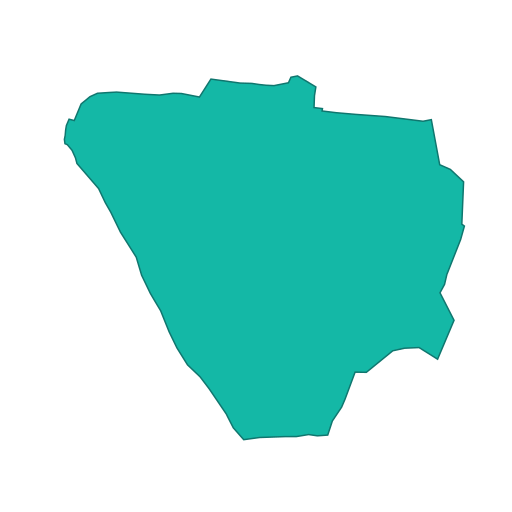 Apa, Benue, Nigeria, rotated 97°
{"feature_id": "59680162B6932812925911", "entity_name": "Apa", "entity_type": "district", "adm_level": 2, "iso_a3": "NGA", "parent_name": "Nigeria", "parent_adm1": "Benue", "projection": "orthographic", "projection_center": [7.868, 7.602], "detail": "fine", "context": "isolated", "style": "filled", "palette": "teal", "viewbox_px": 512, "rotation_deg": 97, "n_neighbors": 0, "source": "geoboundaries", "source_scale": "gbopen_adm2", "svg_char_len": 1223}
<svg xmlns="http://www.w3.org/2000/svg" viewBox="0 0 512 512"><g transform="rotate(97 256 256)"><path d="M101.8,144.5L103.3,174.5L104.0,193.8L104.0,208.1L101.6,208.0L101.6,216.5L89.7,217.5L80.9,217.2L72.2,236.7L74.3,243.1L80.1,244.9L84.7,258.9L85.3,266.9L85.4,273.8L85.2,281.2L86.3,292.8L85.9,322.3L105.1,331.5L104.6,338.6L103.8,349.9L104.6,358.2L108.0,371.4L109.0,385.8L110.3,414.3L111.8,422.7L113.8,433.2L118.1,440.2L126.4,448.1L143.7,452.9L143.0,458.2L149.6,460.1L154.2,460.3L156.7,460.2L159.7,460.1L163.6,460.4L167.8,459.3L168.5,456.8L173.6,451.4L180.7,447.1L186.0,445.0L188.7,442.0L208.3,420.4L221.4,412.1L230.2,405.5L248.9,393.4L263.2,381.7L271.8,374.7L289.0,367.2L306.0,356.3L312.0,351.7L321.9,344.0L341.8,333.0L356.8,323.3L367.7,314.5L372.4,310.7L382.7,296.8L393.5,286.3L416.6,266.1L418.8,264.7L429.3,257.6L439.8,245.8L435.7,230.3L431.7,205.1L430.3,193.9L426.8,182.0L427.0,173.2L425.0,163.0L410.4,160.1L395.6,152.6L387.3,150.2L359.2,143.5L358.0,132.3L333.4,108.7L329.4,97.3L327.0,83.0L336.3,63.2L295.7,51.6L270.1,68.9L261.2,65.4L250.9,64.3L248.7,63.7L214.7,54.9L200.9,52.8L199.3,55.6L157.1,59.0L146.4,73.6L143.0,84.8L99.3,98.6L101.9,106.6L101.8,144.5Z" fill="#14b8a6" stroke="#0f766e" stroke-width="1.5"/></g></svg>